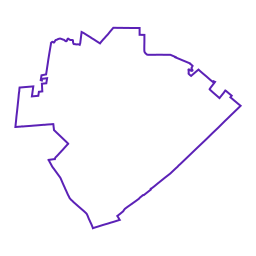 outline of Maicanesti, Vrancea, Romania
{"feature_id": "2599482B14220108289328", "entity_name": "Maicanesti", "entity_type": "district", "adm_level": 2, "iso_a3": "ROU", "parent_name": "Romania", "parent_adm1": "Vrancea", "projection": "orthographic", "projection_center": [27.427, 45.473], "detail": "fine", "context": "isolated", "style": "outline", "palette": "violet", "viewbox_px": 256, "rotation_deg": 0, "n_neighbors": 0, "source": "geoboundaries", "source_scale": "gbopen_adm2", "svg_char_len": 5251}
<svg xmlns="http://www.w3.org/2000/svg" viewBox="0 0 256 256"><path d="M114.0,221.7L119.7,219.9L119.3,219.3L119.0,218.8L118.6,218.0L118.1,217.2L117.6,216.4L117.3,216.0L120.5,213.5L122.9,211.5L123.1,211.4L123.3,211.2L123.4,210.9L124.1,209.8L124.4,209.5L124.8,208.9L127.2,207.1L127.9,206.6L135.7,201.1L138.7,198.9L139.2,198.5L139.5,198.0L139.7,197.8L139.9,197.6L142.3,195.7L142.5,195.5L142.6,195.3L142.8,195.2L143.1,195.1L143.5,195.0L143.8,195.1L150.8,189.6L150.6,189.0L150.9,188.7L151.1,188.5L151.3,188.4L151.7,188.3L154.3,186.3L157.8,183.4L164.9,177.7L170.2,173.6L175.7,168.4L177.5,166.8L178.3,165.9L178.6,165.5L179.8,164.5L181.8,162.6L188.8,155.9L196.7,148.3L206.6,138.9L212.4,133.2L218.2,127.7L225.1,120.8L226.9,119.1L231.2,114.9L239.4,107.0L240.6,105.8L239.4,104.8L238.0,103.7L235.2,101.3L234.9,101.1L232.1,98.7L230.4,97.3L231.7,95.7L228.8,93.3L228.0,92.6L226.8,91.6L226.4,91.3L226.0,90.9L225.5,90.6L225.3,90.5L224.4,91.8L223.9,92.6L223.4,93.2L222.9,93.8L220.9,96.3L220.4,96.9L219.8,97.7L219.5,98.1L219.0,97.7L217.8,96.6L216.4,95.4L213.4,92.8L212.5,92.0L212.4,91.9L210.3,90.0L209.9,89.6L209.6,89.3L209.6,89.2L210.8,87.4L212.2,85.6L212.4,85.4L213.0,84.5L214.0,83.3L215.0,81.9L213.4,81.2L212.8,81.9L210.1,79.7L206.5,76.5L202.9,73.5L199.9,70.9L198.5,69.6L196.8,71.0L192.6,74.6L191.1,75.9L190.7,75.6L189.9,75.0L188.6,73.7L188.6,72.9L188.7,72.7L188.7,72.2L188.7,71.7L188.6,71.0L188.6,70.7L188.5,70.2L188.5,69.8L188.5,69.6L188.8,69.4L189.1,69.5L189.3,69.5L189.5,69.6L189.6,69.8L189.8,69.9L190.1,70.1L190.6,70.5L191.0,70.7L191.3,70.8L191.6,70.9L191.9,70.9L192.1,70.8L192.3,70.7L192.5,70.5L192.5,70.2L192.4,70.0L192.3,69.8L192.2,69.6L192.1,69.4L191.8,68.9L191.6,68.6L191.6,68.4L191.5,68.2L191.6,67.9L191.6,67.7L191.8,67.3L192.1,66.9L192.2,66.7L192.4,66.3L192.6,65.9L192.4,65.7L191.4,64.7L191.2,64.5L190.8,64.4L190.7,64.3L190.5,64.2L190.4,64.1L190.2,63.9L190.3,63.7L190.2,63.5L190.0,63.4L187.6,62.4L184.0,60.9L182.5,60.3L181.1,59.7L179.7,59.1L178.2,58.5L176.8,57.9L175.7,57.5L175.3,57.3L175.5,57.0L170.4,54.8L170.2,54.8L164.4,54.8L159.4,54.7L154.3,54.8L152.8,54.8L151.2,54.8L149.3,54.8L148.7,54.8L148.2,54.8L147.5,54.7L147.2,54.7L146.9,54.5L146.5,54.2L146.2,53.9L145.9,53.6L145.7,53.5L145.3,53.1L145.1,52.7L144.6,52.0L144.5,51.8L144.4,51.2L144.3,49.9L144.3,46.9L144.4,41.7L144.4,40.4L144.4,36.7L144.4,34.9L139.6,34.8L139.6,28.0L132.7,28.0L113.3,27.8L110.0,31.7L107.8,34.5L107.2,35.1L105.8,36.6L104.0,38.7L103.7,38.9L101.2,41.8L100.0,43.4L96.7,41.3L93.8,39.4L91.1,37.8L91.0,37.6L86.6,34.9L83.8,33.1L81.6,32.0L80.3,42.6L80.3,42.9L79.8,44.5L79.7,44.8L79.5,44.7L79.4,44.6L79.0,44.5L78.8,44.4L78.4,44.4L78.0,44.3L77.8,44.3L77.5,44.3L77.1,44.4L76.9,44.4L76.5,44.4L76.3,44.4L76.0,44.4L75.8,44.3L75.5,44.2L75.3,44.2L74.9,44.1L74.4,44.1L74.1,44.1L73.9,44.1L73.7,44.0L73.6,43.8L73.5,43.7L73.4,43.5L73.2,42.8L73.0,41.8L73.0,40.7L72.9,40.3L72.8,40.2L72.7,40.1L72.2,40.0L71.9,40.0L71.7,40.0L71.2,40.0L70.8,40.0L70.4,40.0L70.0,39.8L69.7,39.7L69.4,39.6L69.0,39.3L68.7,38.9L68.3,38.7L68.1,38.6L67.8,38.7L67.7,38.8L67.4,39.2L67.2,39.8L67.0,40.3L66.8,40.8L66.6,41.1L66.4,41.2L66.1,41.2L65.8,41.2L65.6,41.1L65.3,40.9L65.1,40.8L64.8,40.5L64.4,40.1L64.1,39.9L63.9,39.8L63.5,39.7L63.1,39.6L62.6,39.4L62.1,39.2L61.3,38.9L60.9,38.8L60.7,38.7L60.4,38.6L60.2,38.6L59.8,38.6L59.2,38.7L58.6,38.9L58.0,39.1L57.7,39.2L57.5,39.4L57.1,39.6L56.8,39.7L56.2,39.9L55.9,40.0L55.6,40.1L55.5,40.3L55.3,40.6L55.1,40.8L54.8,41.3L54.7,41.5L54.5,41.9L54.4,42.1L54.2,42.3L54.0,42.5L53.8,42.5L53.6,42.5L53.4,42.4L53.3,42.2L53.1,42.1L52.9,41.9L52.6,41.8L52.4,41.8L52.1,41.9L51.8,42.2L51.5,42.4L50.9,43.1L51.0,43.6L50.9,44.1L49.4,52.9L48.3,59.7L47.7,63.9L47.4,65.8L46.1,74.4L41.5,75.3L40.9,79.2L40.7,80.1L41.5,80.5L41.9,80.5L41.7,78.9L47.1,78.2L46.3,83.3L41.9,83.7L42.3,91.4L38.9,91.8L38.3,95.8L31.9,96.4L33.3,86.4L27.2,86.9L20.1,87.5L19.6,87.5L19.4,88.8L19.3,90.3L19.3,91.0L19.2,91.3L19.2,91.7L19.0,92.4L19.0,92.7L18.8,94.3L18.5,97.6L17.1,110.9L16.5,116.0L16.0,121.3L15.8,123.0L15.4,127.0L15.5,127.0L19.0,126.7L20.9,126.6L21.8,126.4L22.5,126.4L22.6,126.5L24.8,126.3L31.6,125.8L33.7,125.6L36.6,125.4L39.0,125.2L43.5,124.8L44.7,124.8L46.4,124.6L49.0,124.4L51.0,124.3L52.6,124.1L53.3,124.1L53.5,125.6L53.6,126.9L53.7,127.4L54.0,130.1L55.5,131.5L56.5,132.5L57.9,133.8L58.3,134.2L60.4,136.2L60.5,136.3L67.1,142.6L67.7,143.3L68.2,143.6L68.2,143.8L67.2,144.8L65.1,147.1L63.6,148.8L62.8,149.7L62.2,150.4L61.7,150.8L61.1,151.5L60.6,152.1L59.8,152.9L58.8,154.0L58.1,154.8L57.3,155.6L57.1,155.8L56.9,156.1L55.8,157.1L55.4,157.6L55.1,158.1L55.0,158.8L54.9,159.1L54.3,159.1L51.5,159.5L49.3,159.8L49.0,159.8L48.5,159.9L48.5,160.0L49.0,160.6L49.3,161.2L49.6,161.8L51.1,164.5L52.2,166.6L52.8,167.4L53.2,168.0L53.4,168.3L53.7,168.5L54.0,169.0L55.3,170.8L59.3,176.3L59.9,177.1L60.3,177.7L60.8,178.7L63.0,183.8L63.2,184.2L63.8,185.6L64.6,187.3L65.4,189.2L66.1,190.6L67.2,193.1L68.1,195.1L68.9,196.5L69.5,197.9L70.8,199.5L71.2,199.9L72.7,201.2L73.1,201.7L73.3,201.9L74.2,202.7L78.3,206.3L81.3,208.9L82.6,210.0L84.2,211.4L85.7,212.8L86.4,213.5L86.9,214.2L87.3,215.1L87.6,215.7L88.9,219.0L89.7,220.6L90.0,221.3L90.1,221.6L90.6,222.6L91.4,224.3L92.5,227.0L92.8,227.8L92.9,228.2L94.0,227.8L96.2,227.1L98.2,226.5L103.2,224.9L108.1,223.5L111.2,222.5L112.0,222.3L114.0,221.7Z" fill="none" stroke="#5b21b6" stroke-width="2"/></svg>